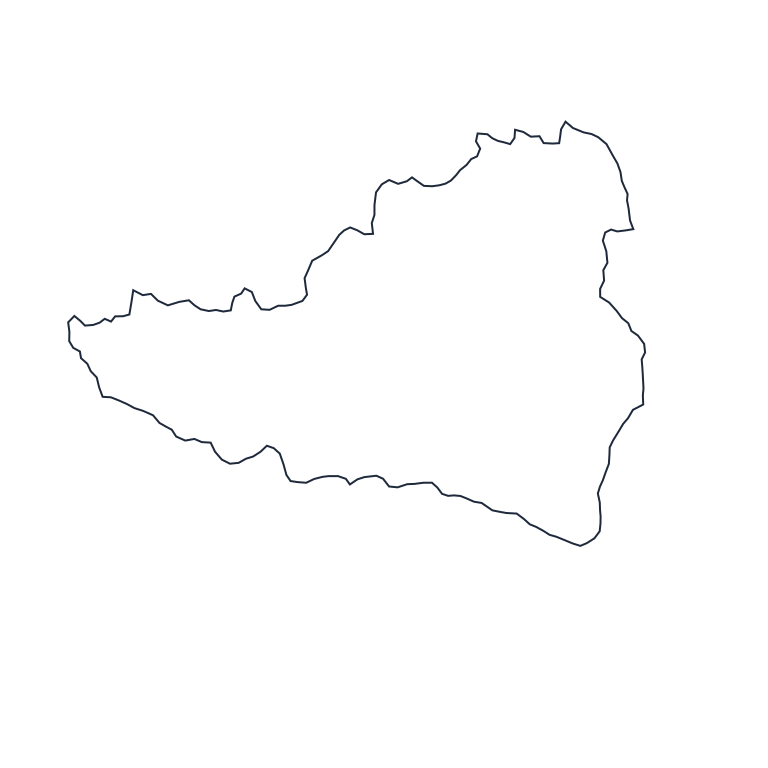 Santa Rita de Ibitipoca, Minas Gerais, Brazil (orthographic projection), rotated 343°
{"feature_id": "56859067B41589196819428", "entity_name": "Santa Rita de Ibitipoca", "entity_type": "district", "adm_level": 2, "iso_a3": "BRA", "parent_name": "Brazil", "parent_adm1": "Minas Gerais", "projection": "orthographic", "projection_center": [-43.938, -21.59], "detail": "fine", "context": "isolated", "style": "outline", "palette": "slate", "viewbox_px": 768, "rotation_deg": 343, "n_neighbors": 0, "source": "geoboundaries", "source_scale": "gbopen_adm2", "svg_char_len": 2911}
<svg xmlns="http://www.w3.org/2000/svg" viewBox="0 0 768 768"><g transform="rotate(343 384 384)"><path d="M648.4,201.7L639.5,194.4L634.3,186.2L627.8,192.2L624.8,198.9L621.9,204.9L615.7,203.4L607.1,200.3L605.1,192.5L596.7,190.4L590.9,183.7L583.7,179.2L580.7,186.9L574.8,191.5L569.6,188.1L564.0,184.8L559.4,180.6L555.9,175.4L546.8,171.8L542.9,178.8L544.8,187.0L539.6,193.5L533.1,194.4L527.1,198.6L519.3,201.7L514.0,205.4L507.5,209.0L501.3,210.4L494.8,210.1L488.0,209.0L480.1,206.2L474.9,199.5L471.2,194.6L465.1,196.8L456.0,196.7L448.5,190.4L440.3,192.4L432.4,198.4L427.2,210.1L424.3,219.5L419.4,226.5L417.4,237.2L408.9,235.0L403.3,229.1L397.4,224.4L390.7,225.5L384.8,228.3L378.2,233.6L369.4,240.6L361.9,242.8L351.4,245.1L344.6,253.2L339.0,259.6L337.4,269.0L336.5,276.1L330.3,280.7L318.8,281.3L312.6,280.3L305.7,278.2L296.3,279.6L288.5,276.7L285.2,267.0L284.5,257.4L278.7,251.8L273.8,255.8L266.5,256.7L262.6,262.1L259.0,268.8L251.5,267.7L245.0,264.1L237.8,263.0L230.4,258.9L225.7,253.2L221.9,246.9L212.3,245.6L200.3,245.6L192.1,238.2L187.5,229.7L179.3,228.5L171.6,221.0L166.6,231.5L160.8,243.1L154.2,242.9L146.7,240.7L141.2,244.5L136.0,240.0L130.0,242.2L123.2,242.5L115.1,240.7L112.0,234.8L107.8,228.4L100.0,232.7L98.4,242.1L95.5,251.0L97.4,258.6L102.7,264.0L101.8,270.7L106.2,277.9L107.3,286.0L111.2,293.8L110.6,303.9L111.2,314.0L119.0,316.9L125.6,322.2L132.4,328.1L138.3,334.1L145.8,339.3L154.0,346.4L157.9,355.6L162.8,360.8L167.7,365.7L169.9,373.5L177.4,380.0L186.6,381.1L192.8,386.3L201.1,389.4L202.6,399.3L206.8,408.9L213.4,415.2L222.0,416.9L230.1,415.1L237.6,415.1L246.1,412.7L253.9,408.8L259.8,413.1L264.0,420.1L264.4,431.3L264.1,442.5L266.3,449.5L272.8,452.6L280.7,455.7L289.5,454.4L298.0,454.8L304.1,455.9L313.0,458.6L319.8,463.5L322.0,470.1L330.7,467.4L338.1,467.3L344.0,468.4L349.9,469.5L355.4,474.3L358.9,483.5L366.8,486.8L377.0,486.6L383.7,488.4L392.6,489.9L401.0,492.4L404.7,498.5L407.4,506.0L412.6,509.7L418.4,511.0L424.3,513.4L429.2,517.3L435.7,522.9L442.6,526.3L446.8,531.6L450.7,536.5L456.6,539.7L463.2,543.1L473.0,546.7L478.4,554.1L482.4,560.8L487.9,565.3L493.7,571.3L498.2,576.6L504.2,580.5L510.1,585.3L517.6,591.5L524.4,596.2L531.3,595.5L540.1,593.1L547.2,587.9L550.2,580.8L552.4,574.1L553.8,567.5L555.7,560.4L556.5,551.2L560.5,545.3L565.1,540.1L569.8,533.7L575.7,526.1L578.9,517.6L581.3,510.6L586.5,505.0L594.6,497.9L601.1,492.0L607.3,488.1L614.5,481.5L625.9,479.4L628.2,470.6L630.8,464.3L632.4,458.0L634.3,450.3L636.0,443.2L637.6,435.8L642.9,430.2L644.5,421.7L641.0,411.9L636.1,405.7L635.4,397.3L630.8,390.5L627.9,382.2L623.1,371.9L616.2,363.9L618.5,356.2L624.7,349.5L627.0,339.3L633.1,333.4L635.4,322.0L635.2,310.9L639.8,303.8L646.3,302.7L651.7,306.3L659.6,307.7L667.7,308.8L667.1,299.6L669.2,287.7L670.1,279.4L672.5,273.6L671.5,266.2L670.8,259.3L672.1,250.5L671.7,241.5L669.5,231.9L666.9,219.6L661.0,210.6L655.5,205.6L648.4,201.7Z" fill="none" stroke="#1e293b" stroke-width="2"/></g></svg>